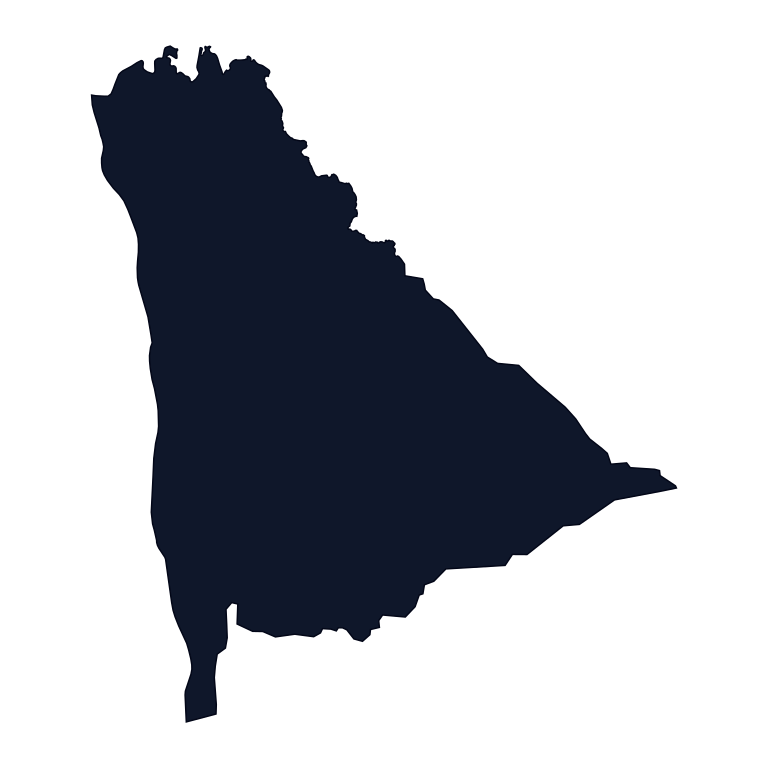 outline of San Javier, Río Negro, Uruguay
{"feature_id": "84410073B27439401381300", "entity_name": "San Javier", "entity_type": "district", "adm_level": 2, "iso_a3": "URY", "parent_name": "Uruguay", "parent_adm1": "Río Negro", "projection": "equal_earth", "projection_center": [-58.06, -32.653], "detail": "fine", "context": "isolated", "style": "filled", "palette": "ink", "viewbox_px": 768, "rotation_deg": 0, "n_neighbors": 0, "source": "geoboundaries", "source_scale": "gbopen_adm2", "svg_char_len": 5940}
<svg xmlns="http://www.w3.org/2000/svg" viewBox="0 0 768 768"><path d="M321.6,175.8L319.0,177.1L317.3,176.8L315.9,176.0L314.7,174.5L314.3,173.2L313.0,170.7L311.2,166.1L310.2,164.8L309.8,163.3L308.9,161.8L308.8,160.7L308.3,159.7L308.7,158.3L308.3,157.7L305.9,156.6L304.7,156.6L303.2,155.8L302.6,154.6L301.4,153.5L300.8,151.9L302.1,149.8L303.1,148.9L305.8,147.7L306.7,146.2L306.8,145.5L306.4,145.1L306.1,143.8L306.3,143.0L306.2,142.3L305.9,141.8L304.1,140.7L302.9,140.6L300.3,140.9L293.6,139.5L292.0,138.1L290.5,137.7L288.3,135.7L286.4,133.7L285.4,131.5L283.7,131.5L282.9,130.3L282.8,129.5L283.5,127.8L282.5,125.9L282.8,123.6L282.4,122.0L281.8,120.7L280.9,119.6L281.3,118.4L280.8,117.4L281.5,116.1L281.7,113.0L282.2,112.0L282.4,110.5L281.4,107.4L276.8,100.0L274.4,97.0L270.8,91.3L269.7,90.6L269.2,89.9L267.4,89.0L266.7,88.1L265.9,86.3L265.8,85.6L266.1,85.0L265.9,83.0L264.9,82.8L264.9,81.0L264.1,80.3L264.2,79.2L264.9,77.3L264.6,76.8L264.9,76.3L266.7,76.1L267.1,75.6L268.1,76.4L268.4,76.2L268.5,74.7L269.4,73.1L269.7,72.1L269.4,70.8L268.8,70.0L262.9,65.9L261.6,65.3L258.7,64.5L257.3,63.6L255.9,62.4L254.5,60.4L253.9,59.9L253.3,59.9L252.4,61.3L251.1,61.2L250.8,60.8L250.8,58.9L250.5,57.9L249.2,56.7L248.4,56.3L247.7,56.4L247.2,56.8L247.2,58.9L246.9,59.4L245.9,59.1L245.3,59.6L244.4,59.8L241.1,60.1L237.5,60.2L236.1,59.7L234.7,60.1L232.9,61.1L231.4,62.5L230.3,63.9L229.8,65.2L229.9,66.5L230.5,67.8L230.3,68.8L229.7,69.8L229.0,70.3L228.1,70.6L227.3,70.6L226.6,70.2L225.5,71.3L223.6,74.4L222.8,74.4L222.4,73.9L222.0,71.8L219.5,64.9L217.6,58.4L216.6,56.1L215.4,54.5L214.3,53.8L212.4,53.6L210.9,52.8L209.7,51.7L209.0,49.5L209.2,48.6L209.6,47.9L210.4,47.3L210.5,46.7L209.3,46.3L207.3,47.3L206.3,47.1L205.6,46.5L205.1,46.6L204.9,47.8L205.4,49.1L205.4,51.3L203.6,52.9L203.3,54.4L202.9,55.0L201.9,55.6L201.0,55.3L200.8,54.5L201.2,53.2L201.5,51.0L202.1,49.8L202.2,48.8L201.7,48.0L200.5,47.7L200.2,47.9L199.9,49.8L198.9,56.1L197.1,65.6L197.0,67.5L197.7,70.0L198.6,71.5L199.1,73.1L199.0,74.4L196.2,78.7L192.6,81.9L191.3,81.9L190.2,81.0L189.8,78.7L188.6,77.1L187.8,76.6L185.0,75.9L182.8,73.7L181.2,72.6L180.0,72.3L177.2,73.8L176.6,73.5L176.2,72.3L176.1,68.3L175.7,67.3L174.8,66.3L173.7,65.8L171.5,66.1L170.2,65.2L169.9,63.7L170.5,60.6L170.2,59.4L169.4,58.3L168.2,57.9L166.9,57.8L166.3,56.8L168.8,54.6L169.7,54.6L171.6,55.5L175.9,58.3L176.5,58.3L176.9,58.0L176.9,55.3L176.5,53.4L176.8,51.2L177.7,50.0L177.3,49.0L175.0,49.0L172.8,47.8L170.2,46.1L166.8,47.1L165.3,47.9L164.5,49.6L163.0,57.5L162.1,58.3L159.1,58.2L158.0,58.4L156.1,59.5L154.8,61.1L154.7,63.4L155.0,70.1L154.7,72.0L153.8,73.1L152.5,73.6L151.1,73.2L147.3,71.9L144.4,69.9L143.3,68.8L142.9,66.9L143.3,63.1L143.0,61.7L142.2,60.8L141.2,60.6L137.0,62.7L131.3,66.4L122.8,70.9L120.5,72.7L118.8,74.6L115.1,83.9L113.1,89.4L111.1,93.9L108.1,96.2L103.9,96.2L95.9,95.8L91.6,95.1L92.3,104.9L94.2,112.7L99.0,128.0L100.8,135.7L102.1,139.1L102.9,142.4L103.7,146.7L103.3,150.6L101.6,158.2L101.6,163.0L102.0,167.8L102.6,170.7L104.3,174.9L107.5,180.4L113.4,188.2L119.3,194.5L123.9,200.8L127.9,209.5L130.7,216.7L136.7,232.6L138.0,237.9L138.5,244.3L138.4,252.2L137.6,261.0L137.2,267.8L137.5,277.7L138.1,281.9L138.8,285.3L148.0,316.9L151.0,334.9L152.2,342.9L150.6,347.3L149.5,355.6L149.6,361.1L150.3,368.5L152.1,379.5L154.5,388.6L157.5,404.3L158.2,410.8L158.6,426.3L158.0,432.4L155.6,443.5L153.8,458.4L153.0,477.6L151.3,512.2L152.6,523.9L154.3,530.1L156.6,540.3L156.7,542.5L157.5,545.4L159.0,548.4L164.9,557.3L165.6,559.3L171.7,602.7L173.1,610.3L175.1,616.8L178.7,625.9L186.7,643.2L188.7,650.0L190.8,658.6L191.8,664.8L191.9,669.3L191.0,674.2L185.4,691.1L185.1,694.9L186.3,721.9L216.0,714.0L216.3,704.6L214.3,677.5L215.3,666.0L217.2,654.1L225.4,648.1L227.2,637.8L226.7,624.4L226.0,609.3L231.7,602.6L237.8,604.0L237.1,624.0L252.6,631.3L262.8,631.5L275.4,636.9L294.8,634.2L313.7,636.7L320.5,632.9L322.5,628.6L330.9,629.1L336.3,630.9L338.3,627.8L342.5,627.8L346.8,629.8L353.9,638.9L362.5,641.3L369.9,634.7L370.5,629.5L379.4,627.4L378.7,620.6L382.6,615.0L405.3,617.0L415.1,606.7L419.2,595.0L422.9,593.8L424.4,584.8L433.9,581.2L445.9,568.9L505.1,565.4L512.4,554.4L527.0,554.5L563.2,525.8L579.4,524.4L614.5,499.9L662.9,490.8L676.4,488.0L675.5,485.9L660.1,475.6L659.5,470.6L654.7,469.3L630.3,467.7L626.6,462.9L610.9,464.2L607.3,453.4L601.9,448.6L589.7,439.0L585.5,433.6L575.7,418.9L565.2,407.2L537.0,383.2L518.7,365.4L497.6,363.4L487.3,357.0L482.7,349.2L452.2,310.6L439.0,300.0L433.3,298.9L425.3,290.1L424.2,284.1L422.7,278.8L404.9,275.8L404.5,264.2L401.1,259.2L398.7,256.5L397.6,256.0L396.5,256.4L395.8,256.4L395.1,255.7L394.5,254.2L394.5,252.8L395.1,251.4L395.1,249.4L394.6,248.5L393.7,248.0L393.3,247.0L393.2,246.3L393.6,245.7L394.2,245.6L394.4,244.3L394.9,244.1L394.8,243.3L394.0,242.7L393.3,241.7L392.3,241.0L390.3,241.0L389.1,240.3L388.3,240.5L388.0,241.1L387.0,241.3L386.7,240.7L386.2,240.3L385.7,240.4L385.3,241.0L385.4,241.7L385.2,242.3L384.5,242.8L382.9,242.4L382.4,242.0L381.7,242.1L381.1,241.7L379.4,242.2L378.8,243.1L378.0,243.1L377.5,242.3L375.6,242.0L374.7,242.7L372.9,242.3L372.5,243.1L372.2,243.1L372.0,242.7L371.3,242.4L370.3,242.0L369.1,241.8L367.9,240.6L365.6,239.4L364.9,238.1L364.4,236.9L364.4,235.6L363.1,234.8L362.4,235.0L361.5,234.2L360.3,233.5L359.1,233.3L357.3,231.3L356.7,230.4L355.4,230.4L354.3,231.2L351.9,231.3L351.1,230.0L349.9,229.1L348.4,229.3L348.0,228.4L348.2,227.1L349.8,226.0L350.1,223.3L351.3,221.8L352.3,219.0L353.6,217.3L355.9,216.2L356.8,216.3L357.3,213.4L356.6,210.0L355.4,209.7L354.8,209.1L356.4,205.1L356.4,203.6L355.7,202.3L356.4,199.8L356.1,196.8L355.0,194.5L353.6,192.5L352.8,192.0L352.0,188.3L350.8,186.0L348.8,183.3L347.3,183.6L346.2,183.2L345.6,183.6L345.0,183.7L340.7,182.4L339.6,182.3L339.2,182.0L337.9,179.3L337.3,177.4L336.5,176.3L335.7,175.3L333.8,174.2L333.2,174.3L332.5,174.8L331.9,174.7L331.5,175.4L331.3,176.3L330.7,176.9L329.7,177.4L328.6,177.3L327.7,176.9L327.3,175.6L327.0,175.3L326.5,175.2L321.6,175.8Z" fill="#0f172a" stroke="#020617" stroke-width="1.5"/></svg>